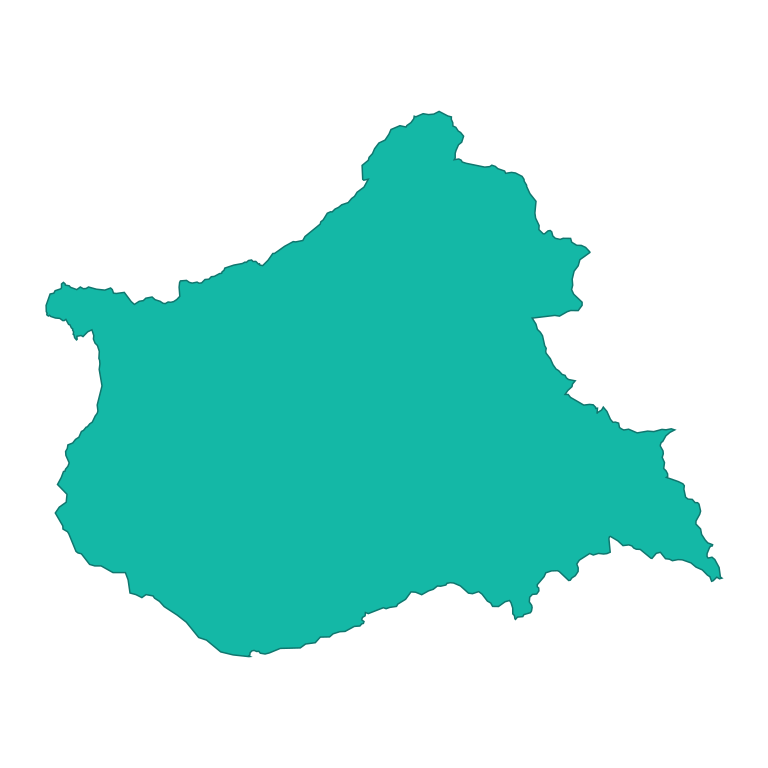 the district of Sao Nicolau Tolentino, São Domingos, Cabo Verde
{"feature_id": "66160863B10929768356041", "entity_name": "Sao Nicolau Tolentino", "entity_type": "district", "adm_level": 2, "iso_a3": "CPV", "parent_name": "Cabo Verde", "parent_adm1": "São Domingos", "projection": "robinson", "projection_center": [-23.566, 15.021], "detail": "fine", "context": "isolated", "style": "filled", "palette": "teal", "viewbox_px": 768, "rotation_deg": 0, "n_neighbors": 0, "source": "geoboundaries", "source_scale": "gbopen_adm2", "svg_char_len": 6040}
<svg xmlns="http://www.w3.org/2000/svg" viewBox="0 0 768 768"><path d="M451.4,116.9L447.9,116.0L439.1,111.4L433.8,114.1L428.5,114.6L423.1,113.7L415.9,116.8L414.2,116.2L413.8,118.7L411.0,122.6L406.9,125.5L406.0,127.0L399.9,125.7L391.0,129.5L388.9,134.3L385.0,140.1L378.9,143.0L374.6,148.7L372.5,153.6L369.1,157.3L368.3,160.3L362.1,165.4L362.7,179.3L363.8,180.2L368.3,179.2L364.0,187.1L357.1,192.2L354.5,196.4L351.6,198.5L348.2,202.6L341.7,204.8L338.5,207.4L335.1,209.0L332.1,211.9L330.5,211.8L327.3,213.2L323.2,219.9L320.8,221.8L320.2,224.1L305.0,236.5L302.8,240.5L295.6,241.9L293.2,241.6L284.6,246.3L274.6,253.4L272.8,253.5L268.0,260.3L262.7,265.6L259.9,265.1L259.5,263.8L258.5,264.1L255.8,261.4L253.0,261.5L251.6,260.0L248.5,260.5L246.3,262.4L245.0,262.1L242.4,263.5L233.8,265.1L224.8,268.1L224.0,270.3L222.1,271.8L221.6,273.3L219.5,273.6L214.3,276.4L211.3,276.7L208.9,279.2L205.0,279.5L201.6,282.9L199.0,283.2L197.1,282.1L192.2,283.1L189.4,282.4L186.5,280.4L180.4,280.9L179.6,282.5L179.1,287.2L179.8,296.3L176.8,299.5L173.6,301.6L170.8,302.3L168.1,302.0L165.3,303.6L163.0,303.3L160.1,301.3L155.1,299.7L152.1,297.0L145.8,298.2L143.3,300.6L139.2,301.3L134.4,304.4L131.2,301.6L124.3,292.4L116.3,293.5L113.5,293.1L112.3,289.6L110.6,288.0L104.9,290.1L96.4,289.2L88.5,287.0L86.1,288.5L83.3,288.7L80.3,287.0L76.8,289.6L70.5,287.3L69.2,285.8L65.4,285.1L65.0,283.7L63.4,282.4L61.5,284.0L61.5,287.6L60.8,288.8L55.1,290.7L53.8,293.2L50.1,294.0L46.1,305.4L46.3,311.7L47.2,313.3L46.7,314.1L47.2,315.3L48.5,316.0L49.6,315.3L50.6,316.4L55.4,318.0L59.8,318.4L62.8,320.6L64.2,320.6L65.9,319.4L68.6,324.4L70.0,324.9L71.3,327.8L72.7,328.9L72.6,330.1L73.6,331.8L73.2,334.4L74.0,334.9L74.6,337.7L76.5,339.9L77.1,339.4L76.9,336.3L81.1,335.5L83.0,336.6L87.7,331.8L91.9,329.8L93.8,335.7L93.4,339.0L95.1,343.2L97.4,345.5L99.3,351.4L98.9,358.5L99.6,360.3L99.9,364.0L99.2,369.4L102.0,385.9L97.2,405.0L97.9,411.0L97.2,413.3L95.2,416.0L92.3,422.1L89.7,423.9L87.4,426.8L86.1,427.2L83.5,430.4L81.4,431.5L78.9,437.2L75.5,439.4L72.7,443.0L67.9,444.9L67.3,448.5L65.6,451.5L65.9,455.4L69.2,462.9L67.9,466.3L65.5,469.2L64.9,471.3L63.5,471.5L61.3,477.4L57.5,484.5L67.0,494.3L66.2,502.2L59.3,507.1L55.3,513.0L62.8,525.9L63.0,529.1L67.5,531.7L68.8,533.8L76.0,551.4L77.9,552.9L81.4,553.8L89.6,564.4L94.7,565.9L101.1,565.9L113.0,572.6L125.4,572.6L128.1,579.8L130.0,593.0L135.9,594.6L141.9,597.6L146.0,594.6L153.0,595.9L154.6,598.2L159.5,601.4L164.2,606.6L177.2,615.1L186.3,622.2L198.7,637.5L206.5,640.1L220.7,651.9L233.1,654.9L248.9,656.6L249.9,656.5L248.6,655.9L249.8,655.1L250.1,652.8L251.8,650.9L254.1,650.4L256.7,651.5L258.8,651.3L260.3,653.2L265.1,654.0L269.4,652.9L280.3,648.4L300.3,647.9L305.6,644.0L315.3,642.7L320.3,637.1L329.6,636.9L333.1,633.8L339.8,631.7L345.1,631.4L354.3,626.4L359.9,626.0L361.7,623.9L363.4,623.4L364.0,621.5L362.0,620.1L361.8,619.2L362.5,617.4L365.1,615.8L365.4,612.5L368.3,613.6L383.4,607.7L386.1,608.7L389.8,607.4L396.5,606.4L397.8,604.1L405.6,599.3L411.0,591.9L415.6,592.2L421.7,594.7L428.7,590.8L433.3,589.3L437.4,586.0L440.7,586.2L445.9,585.0L447.0,583.3L450.3,582.7L453.6,583.0L460.4,585.9L468.4,593.1L472.5,593.7L478.7,591.6L482.1,594.2L487.4,601.1L490.7,603.0L492.6,606.4L498.5,606.5L505.0,601.8L509.5,600.5L511.0,602.7L512.7,608.0L512.8,613.9L514.4,615.6L514.9,618.8L515.5,619.4L517.5,617.1L522.8,616.6L523.9,614.6L530.4,612.7L531.5,611.0L532.1,607.6L531.7,605.4L529.3,601.9L529.7,597.2L532.4,594.4L536.7,594.0L538.9,590.9L538.7,588.0L537.3,586.8L537.2,584.8L544.1,576.7L545.8,572.8L551.5,570.9L557.4,570.7L559.2,571.5L568.7,580.5L570.3,580.2L571.8,578.0L575.3,575.7L578.1,571.5L578.2,567.9L576.8,564.0L579.4,560.1L589.7,553.5L593.3,555.0L598.4,553.4L603.6,554.0L606.9,553.6L610.2,552.2L608.9,538.5L609.5,536.7L610.4,536.4L617.8,540.8L623.0,545.6L628.8,544.9L631.9,545.9L633.7,548.0L636.2,549.2L640.2,549.4L650.9,558.2L652.0,558.4L656.3,553.3L660.4,552.3L665.5,558.7L669.5,559.2L672.4,560.7L678.0,559.6L682.2,559.8L691.0,562.9L696.0,567.1L702.3,569.9L707.4,575.1L709.9,576.7L711.6,581.3L713.2,580.7L716.8,577.2L719.5,578.8L721.9,578.1L720.4,577.0L719.1,567.5L714.8,559.5L712.0,557.2L708.1,558.1L707.0,556.4L707.1,553.5L709.5,547.7L710.5,546.3L712.3,545.9L712.6,544.7L707.8,542.9L705.2,540.0L701.6,534.4L700.6,529.0L695.9,524.0L696.0,521.0L699.7,514.3L700.6,511.1L699.0,504.1L697.6,502.7L695.0,502.6L692.3,499.4L688.1,499.1L685.6,497.2L683.9,489.2L684.3,485.7L682.9,483.8L678.4,481.6L666.4,477.4L667.7,476.5L667.6,473.9L666.0,470.8L663.7,468.5L664.5,462.6L662.2,457.4L663.3,453.8L663.0,450.9L660.3,446.1L660.3,445.0L661.2,442.5L662.7,441.5L665.9,435.8L669.9,432.4L674.7,429.9L671.3,428.8L666.0,429.8L661.9,429.4L653.8,431.6L647.6,431.1L637.2,432.9L628.6,429.2L623.8,430.0L621.5,428.9L619.5,427.5L618.6,423.1L615.4,422.1L612.9,422.3L610.4,419.3L606.9,411.4L603.3,407.1L601.6,410.0L597.5,412.6L597.0,413.6L597.5,408.2L595.7,408.4L595.6,407.3L593.2,404.8L589.6,404.4L583.8,405.1L570.5,397.4L568.2,394.5L565.1,394.4L567.8,390.5L572.0,386.6L572.5,384.0L575.2,380.8L568.5,379.5L566.3,377.8L565.1,375.4L562.1,374.4L558.7,370.7L556.0,369.0L553.0,364.7L550.4,358.8L546.1,353.2L545.7,351.3L546.2,348.3L544.7,345.7L542.5,335.7L540.3,332.2L537.4,329.4L536.0,324.2L532.2,318.1L554.8,315.4L559.5,316.1L567.2,311.7L570.7,310.5L578.2,310.6L582.1,305.3L582.1,302.2L573.7,294.2L571.6,289.6L572.7,285.2L572.2,279.2L574.1,271.2L578.2,265.8L579.9,259.7L589.9,252.5L589.8,251.9L585.6,247.4L581.3,245.4L576.7,245.3L571.7,242.2L570.6,238.4L563.1,238.3L560.2,239.4L555.3,238.3L552.8,235.9L551.7,231.8L550.2,230.5L548.0,230.9L544.6,233.8L543.2,233.8L538.9,229.6L539.1,225.5L535.6,218.1L534.9,213.0L536.0,201.3L529.9,193.6L526.6,186.4L526.6,185.2L524.2,181.2L524.0,179.3L522.1,176.4L515.5,173.0L511.5,172.4L505.7,173.3L504.6,171.0L497.9,168.7L495.3,166.4L491.8,165.2L489.8,166.6L484.7,167.1L466.2,163.3L462.2,162.0L461.2,160.2L458.8,159.0L454.2,159.7L455.2,157.9L455.2,153.3L456.0,150.5L458.5,144.8L461.7,142.2L463.6,136.2L460.6,132.5L458.2,131.0L455.8,127.3L452.9,126.0L452.8,122.8L451.3,119.3L451.4,116.9Z" fill="#14b8a6" stroke="#0f766e" stroke-width="1.5"/></svg>